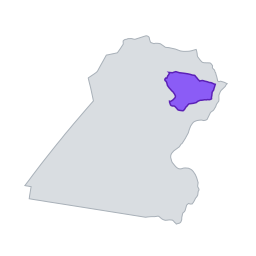 where Mizdah sits in Libya, rotated 105°
{"feature_id": "LBY-2976", "entity_name": "Mizdah", "entity_type": "Municipality", "adm_level": 1, "iso_a3": "LBY", "parent_name": "Libya", "parent_adm1": "", "projection": "albers", "projection_center": [13.169, 30.372], "detail": "fine", "context": "in_parent", "style": "filled", "palette": "violet", "viewbox_px": 256, "rotation_deg": 105, "n_neighbors": 0, "source": "natural_earth", "source_scale": "10m", "svg_char_len": 4200}
<svg xmlns="http://www.w3.org/2000/svg" viewBox="0 0 256 256"><g transform="rotate(105 128 128)"><path d="M36.9,81.1L38.2,80.5L40.1,79.8L41.1,79.2L41.5,78.7L43.0,76.8L43.8,75.7L44.8,74.2L45.3,73.2L45.3,72.2L45.2,71.0L44.5,68.2L43.9,65.5L44.4,64.4L44.8,63.9L45.7,62.7L46.1,62.4L48.0,62.1L48.7,61.2L49.3,60.2L49.5,59.6L50.3,59.0L51.3,58.5L51.9,57.7L53.9,56.6L55.6,55.5L57.7,54.4L59.3,53.6L59.7,52.8L59.7,52.1L58.8,50.6L58.9,48.8L58.9,47.3L59.0,46.5L59.5,44.0L59.5,43.7L61.1,44.5L62.8,44.9L67.8,47.9L69.4,48.3L72.9,48.7L77.1,47.5L78.6,47.3L81.4,48.4L82.6,48.7L84.6,48.8L88.1,49.8L89.0,50.2L91.0,51.9L92.0,52.4L99.2,53.8L100.2,54.8L101.2,56.7L101.3,59.1L101.9,60.9L102.9,63.2L104.0,64.8L105.2,66.1L106.6,66.9L109.9,68.0L113.5,68.4L117.1,68.5L123.4,70.0L128.8,71.7L130.1,72.7L132.8,73.5L138.3,77.9L141.4,79.4L143.5,79.6L145.3,79.2L148.5,77.4L149.8,76.4L152.9,72.1L153.9,70.0L154.2,68.5L154.0,67.0L153.5,65.7L152.5,64.3L151.8,62.5L151.2,59.2L151.6,56.8L152.1,55.4L153.0,53.9L155.5,51.0L158.1,48.9L162.7,46.1L165.5,45.8L166.6,45.5L168.7,43.6L169.7,43.4L171.0,43.8L174.7,43.3L176.4,43.7L178.4,44.6L181.0,45.1L182.8,45.6L184.8,46.4L185.4,48.5L185.2,49.2L185.2,50.0L187.3,51.4L192.9,51.5L194.1,51.8L195.7,52.9L196.7,53.1L200.5,52.9L202.7,52.4L204.9,52.6L205.7,52.9L206.6,53.7L207.8,55.8L208.3,56.5L207.9,56.9L207.4,57.7L207.1,58.5L206.2,59.7L205.5,61.0L205.7,62.7L206.1,64.4L206.8,66.1L207.5,68.0L207.5,69.2L207.3,70.8L206.9,72.1L205.5,75.0L205.3,75.6L205.5,76.5L206.8,79.5L207.0,80.5L207.9,83.5L208.8,85.9L209.6,87.8L209.7,88.3L210.0,91.2L210.3,94.1L210.6,97.0L210.9,99.8L211.2,102.7L211.5,105.6L211.8,108.4L212.1,111.3L212.4,114.2L212.7,117.0L213.0,119.9L213.3,122.8L213.6,125.6L213.9,128.5L214.2,131.4L214.5,134.2L214.8,137.1L215.1,139.9L215.4,142.8L215.7,145.7L216.0,148.5L216.3,151.4L216.6,154.2L216.9,157.1L217.2,159.9L217.5,162.8L217.8,165.7L218.1,168.5L218.4,171.4L218.7,174.2L219.0,177.0L219.3,179.9L220.0,186.2L220.6,192.5L221.3,198.8L221.9,205.1L218.8,205.5L215.8,205.8L212.8,206.1L209.7,206.4L209.9,207.9L210.0,209.5L210.2,211.1L210.3,212.7L204.2,210.2L198.1,207.8L192.0,205.3L185.9,202.8L179.8,200.2L173.8,197.6L167.8,195.0L161.8,192.4L155.9,189.7L149.9,187.1L144.0,184.3L138.1,181.6L132.3,178.8L126.4,176.0L120.6,173.2L114.8,170.4L110.8,168.4L106.6,170.5L103.3,172.2L99.0,174.4L94.0,177.2L90.1,179.3L89.9,179.3L89.7,179.2L85.7,175.7L82.5,173.0L81.1,172.2L75.2,170.8L69.3,169.3L63.2,167.8L62.1,165.5L60.8,163.0L59.2,159.8L58.2,157.9L57.8,157.6L53.2,155.9L48.2,154.3L45.3,155.2L44.8,155.1L44.0,154.5L43.2,153.7L42.8,152.6L41.7,151.1L40.7,147.8L40.7,145.1L40.5,144.2L38.0,140.3L35.8,136.9L34.3,134.5L34.1,133.5L34.3,132.2L34.9,131.1L37.2,129.9L39.3,128.5L39.6,127.5L39.8,124.7L39.2,123.8L38.7,122.1L38.3,119.9L38.3,118.4L39.3,115.6L40.4,112.7L39.8,109.3L39.5,102.7L40.0,97.5L39.8,95.5L39.7,94.7L39.1,92.3L38.3,89.7L38.0,88.8L37.0,86.7L35.4,84.1L34.5,82.5L35.8,81.7L36.9,81.1Z" fill="#d9dde1" stroke="#a8b0b8" stroke-width="1"/><path d="M73.6,55.7L75.2,55.4L76.1,55.4L77.3,55.2L77.6,55.0L78.3,54.9L78.8,55.5L79.5,56.4L79.8,57.6L79.9,58.4L80.5,59.5L80.9,61.4L81.6,62.8L82.1,64.0L82.5,65.3L83.1,66.2L84.3,67.7L85.0,68.1L85.6,68.5L85.8,68.7L87.3,71.4L88.3,73.9L88.9,75.4L90.5,76.3L91.6,76.7L92.8,77.5L95.3,78.2L96.1,78.6L97.1,79.3L97.4,81.2L97.6,82.9L97.6,84.3L97.0,85.3L96.3,86.1L96.2,86.4L95.8,87.0L95.2,88.0L94.9,88.7L94.9,89.6L95.2,90.5L95.2,91.6L95.1,92.2L94.7,92.9L93.8,93.5L92.4,94.5L91.4,94.8L91.5,94.1L90.9,93.4L89.9,92.4L88.7,91.5L87.3,90.8L86.6,90.4L85.7,90.3L84.7,90.5L83.5,91.6L82.9,92.1L82.2,93.0L81.3,94.1L80.8,95.3L80.2,96.2L79.5,97.1L78.9,98.2L77.8,99.6L76.7,100.9L75.4,101.6L74.4,102.2L73.8,102.6L73.1,103.2L72.8,104.1L72.0,104.9L70.8,104.9L69.9,104.4L69.8,103.4L69.1,103.3L68.2,103.2L67.3,103.1L66.0,102.5L65.4,102.5L64.0,102.0L63.7,102.7L63.3,100.4L63.1,99.3L62.1,97.9L61.2,96.4L61.3,92.8L60.9,90.0L60.5,87.0L60.2,84.2L60.1,81.6L60.2,79.3L59.9,77.6L60.0,76.9L60.6,76.3L61.5,74.8L63.1,72.7L64.1,70.8L63.9,70.7L63.4,69.6L62.9,68.6L62.8,67.5L62.9,65.8L62.8,64.6L62.8,63.0L63.0,61.7L62.9,60.8L62.7,59.4L62.9,57.8L63.2,56.5L63.2,55.0L66.3,55.1L67.9,55.2L69.1,55.1L70.0,55.5L70.9,55.7L71.7,56.0L72.2,55.9L72.7,55.8L73.6,55.7Z" fill="#8b5cf6" stroke="#5b21b6" stroke-width="1.5"/></g></svg>